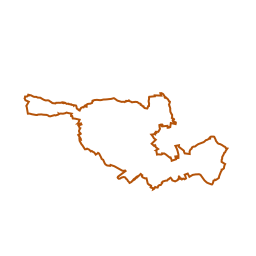 Nogales, Veracruz, Mexico, rotated 303°
{"feature_id": "50627088B81981974228301", "entity_name": "Nogales", "entity_type": "district", "adm_level": 2, "iso_a3": "MEX", "parent_name": "Mexico", "parent_adm1": "Veracruz", "projection": "natural_earth1", "projection_center": [-97.192, 18.835], "detail": "fine", "context": "isolated", "style": "outline", "palette": "amber", "viewbox_px": 256, "rotation_deg": 303, "n_neighbors": 0, "source": "geoboundaries", "source_scale": "gbopen_adm2", "svg_char_len": 5867}
<svg xmlns="http://www.w3.org/2000/svg" viewBox="0 0 256 256"><g transform="rotate(303 128 128)"><path d="M114.0,199.9L114.7,200.3L114.8,200.8L114.4,201.3L115.6,201.9L115.6,202.1L116.3,202.4L116.1,202.4L115.9,203.4L117.3,204.1L119.0,202.1L119.7,201.0L122.3,202.9L120.5,206.1L123.9,207.8L126.2,210.3L126.4,210.7L127.9,212.7L128.2,214.3L125.7,220.7L125.2,223.8L125.4,225.3L126.1,228.5L126.4,229.2L126.7,229.3L128.6,229.1L129.9,228.5L130.5,228.4L131.4,229.3L132.1,229.2L132.2,229.9L132.7,230.2L135.6,231.4L137.2,230.7L142.1,229.7L143.4,229.7L144.1,229.2L144.7,229.8L146.3,230.4L147.9,229.7L149.6,229.2L150.7,229.1L150.6,227.3L150.6,224.9L152.5,223.8L153.3,223.8L155.0,222.8L158.0,222.6L159.7,222.2L160.4,222.7L162.3,222.4L164.9,222.5L164.3,221.1L164.9,220.2L165.0,219.2L164.8,218.5L164.9,216.3L164.7,214.2L164.2,212.8L164.1,211.6L165.2,208.6L165.9,207.9L167.6,205.1L167.4,204.5L166.5,203.0L165.6,202.0L164.5,201.8L164.5,202.3L163.8,202.7L162.8,201.6L161.6,201.1L160.1,199.9L158.3,199.5L157.3,199.1L152.7,195.7L150.1,194.6L149.6,194.6L148.8,194.1L148.0,193.0L146.4,192.2L145.6,192.6L145.0,192.6L144.0,192.1L141.9,192.4L139.8,193.9L137.6,189.4L138.6,187.9L139.4,187.2L139.9,181.0L140.2,180.6L141.3,180.1L138.8,177.5L137.2,180.2L135.9,181.9L133.3,184.7L130.4,186.6L129.4,185.5L131.0,184.5L129.9,183.2L127.9,185.3L124.3,182.5L125.1,181.8L126.5,179.7L125.9,179.2L126.4,174.4L126.4,172.3L125.3,170.5L124.8,171.0L123.8,170.3L122.3,167.6L121.5,166.8L124.5,164.0L124.4,163.6L126.8,164.7L127.0,161.8L127.5,161.1L128.3,160.4L128.4,160.0L127.2,159.6L127.7,156.4L133.3,157.7L133.5,155.3L134.5,153.3L135.2,151.2L137.0,153.3L137.8,153.3L137.7,154.2L138.8,153.7L139.2,154.3L140.0,153.5L141.3,155.5L144.7,155.3L145.9,154.0L147.4,152.8L147.9,153.5L148.2,153.2L148.6,153.5L149.5,154.7L149.4,155.2L149.1,155.3L148.6,154.8L148.3,154.9L148.0,155.1L147.9,155.7L151.3,159.9L149.8,161.1L150.5,162.0L151.0,161.7L151.8,162.9L155.5,161.2L157.2,165.8L158.1,165.5L158.7,165.1L158.7,164.6L158.1,163.0L158.2,161.9L158.7,161.3L159.0,161.3L159.4,161.4L159.9,162.0L160.4,161.9L160.6,161.2L160.2,160.2L160.3,159.3L161.4,159.0L162.0,158.4L162.9,158.0L163.3,157.4L163.5,156.5L163.7,156.4L164.6,154.8L166.5,153.3L167.4,152.8L168.5,151.6L168.8,150.9L169.5,150.4L169.8,149.7L172.3,149.1L172.9,148.8L172.9,148.1L172.8,147.8L173.8,146.0L174.3,143.0L174.3,142.7L174.1,142.6L173.5,142.6L173.5,142.3L174.5,141.4L175.5,139.2L175.6,138.5L175.4,136.9L174.8,136.2L173.3,138.3L169.9,132.6L169.2,133.2L165.7,128.8L165.0,129.0L164.1,129.7L161.9,130.6L161.2,131.1L160.2,132.2L157.9,133.6L157.3,133.0L155.6,133.5L154.8,133.5L153.8,131.1L154.1,129.5L154.6,129.3L154.6,128.9L154.2,128.2L154.6,127.0L154.3,126.1L155.1,125.5L155.1,125.1L154.7,124.0L154.8,121.6L153.8,119.7L153.1,119.0L152.5,118.1L151.7,117.4L151.6,115.7L151.3,114.5L151.6,113.7L150.6,113.3L150.3,112.7L149.6,112.2L150.0,112.2L149.7,111.6L148.7,111.4L148.2,111.0L146.4,108.3L145.2,104.2L145.4,100.3L145.2,99.8L143.3,98.1L140.2,94.3L138.4,91.8L137.1,90.6L136.1,89.4L134.7,86.6L133.1,84.6L131.7,83.5L131.4,84.0L130.3,83.8L129.5,84.2L127.8,83.1L127.2,82.2L126.1,81.0L125.1,80.6L123.3,81.7L123.1,81.3L124.2,80.3L123.8,79.9L123.4,79.9L123.1,79.6L122.6,79.9L121.9,79.5L121.1,79.5L120.8,78.6L119.3,77.7L117.8,77.8L117.4,77.5L117.2,77.8L116.3,78.0L116.2,77.8L116.3,76.1L116.5,75.7L116.4,74.9L116.5,74.4L118.1,72.9L118.5,72.1L117.8,70.5L117.2,70.4L117.5,69.9L117.1,68.7L116.6,67.9L116.9,67.5L115.8,65.4L116.0,64.9L114.8,63.3L114.9,61.7L114.3,61.1L114.6,60.8L114.5,60.4L114.1,60.3L114.1,59.7L113.9,59.2L113.4,59.5L113.1,58.4L112.3,57.6L111.4,56.1L110.0,54.0L109.1,53.8L107.7,51.0L107.9,49.5L107.8,49.1L107.9,46.6L107.7,46.0L106.2,43.7L105.8,41.9L105.7,39.8L105.6,39.3L105.7,38.8L105.7,38.1L104.3,35.6L104.2,34.2L103.0,32.3L102.7,30.7L102.6,29.0L101.6,26.2L101.1,26.3L101.3,27.2L100.5,26.4L99.5,26.2L98.3,24.6L97.6,25.1L96.6,25.1L95.4,26.9L96.0,30.5L91.1,30.7L90.5,31.6L85.5,36.2L86.5,37.7L87.2,39.9L88.7,43.5L89.4,44.7L90.3,45.3L92.2,47.9L93.0,49.7L94.7,52.7L95.0,54.3L94.9,55.4L95.5,56.5L98.7,59.3L99.1,60.4L101.1,62.1L101.9,62.5L102.3,62.1L102.3,62.4L102.7,62.9L103.1,63.2L104.7,65.8L106.1,67.2L107.5,68.1L108.0,69.8L109.3,72.9L108.6,72.8L107.1,73.7L107.6,74.7L105.9,76.5L107.0,78.5L108.6,82.9L106.2,83.4L105.6,83.7L105.1,83.5L104.8,83.7L104.3,83.5L105.5,85.7L106.2,86.0L105.6,87.0L103.1,85.1L102.4,86.5L101.6,87.3L101.8,88.1L99.4,88.3L98.7,88.6L98.3,89.0L98.0,89.5L97.8,90.7L97.4,91.5L96.7,91.2L96.8,90.9L95.7,90.2L95.1,90.0L93.3,94.1L92.7,94.7L92.4,93.2L90.9,94.4L88.9,98.1L88.7,99.1L86.7,103.5L87.5,104.5L88.4,104.9L88.7,107.4L88.1,109.6L89.0,110.1L88.9,111.9L89.1,112.7L88.7,114.1L88.1,115.4L90.1,116.3L90.8,116.4L90.8,117.7L88.6,121.6L87.8,122.6L87.7,123.4L87.8,124.5L85.7,127.7L85.2,128.9L85.2,130.9L86.5,133.6L87.5,133.4L88.5,137.4L89.1,146.4L89.5,147.4L90.8,148.8L90.6,149.4L82.6,146.4L81.6,146.1L80.8,146.3L80.5,146.9L80.4,147.8L81.0,148.7L82.9,149.6L84.4,150.9L84.9,152.0L85.0,152.7L84.4,154.0L84.3,155.4L83.6,156.6L83.1,158.8L82.8,159.2L83.5,159.7L84.8,160.3L85.9,160.4L86.5,160.7L87.6,161.2L87.7,160.7L88.1,160.8L88.0,161.3L88.5,161.5L88.7,160.9L89.2,161.1L89.0,161.7L89.5,161.8L90.5,161.6L91.0,162.4L92.0,162.6L92.1,162.0L92.6,162.2L92.6,162.8L96.4,163.7L96.3,164.2L96.0,164.2L96.1,165.7L95.1,165.9L94.6,167.0L95.0,169.7L95.9,170.9L92.1,174.9L92.0,175.6L92.1,176.2L91.8,176.7L92.1,177.3L92.2,178.9L92.0,179.1L90.6,179.1L90.5,179.4L90.8,180.8L91.4,182.1L90.2,182.5L91.1,183.0L91.8,183.1L93.3,182.9L93.8,184.6L94.2,185.3L95.5,185.1L95.9,184.9L97.2,185.4L98.0,186.5L100.5,186.6L100.7,186.1L102.0,186.3L104.2,188.1L105.3,189.5L106.8,189.6L107.3,190.1L108.5,190.3L109.5,190.8L109.0,192.3L108.2,193.7L108.9,196.6L110.9,197.8L111.2,197.8L111.5,198.0L112.0,197.9L112.3,198.3L112.6,198.4L112.7,198.1L113.4,197.9L113.9,198.1L114.7,197.2L115.1,197.2L114.9,198.2L114.6,198.4L114.4,198.9L114.1,199.3L114.0,199.9Z" fill="none" stroke="#b45309" stroke-width="2"/></g></svg>